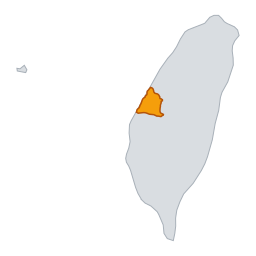 location of Changhua within Taiwan
{"feature_id": "TWN-1169", "entity_name": "Changhua", "entity_type": "County", "adm_level": 1, "iso_a3": "TWN", "parent_name": "Taiwan", "parent_adm1": "", "projection": "albers", "projection_center": [120.501, 23.99], "detail": "fine", "context": "in_parent", "style": "filled", "palette": "amber", "viewbox_px": 256, "rotation_deg": 0, "n_neighbors": 0, "source": "natural_earth", "source_scale": "10m", "svg_char_len": 1701}
<svg xmlns="http://www.w3.org/2000/svg" viewBox="0 0 256 256"><path d="M183.7,193.9L179.9,201.8L176.8,210.1L175.6,218.0L175.7,226.1L174.8,233.4L173.3,240.6L167.3,238.6L164.0,233.4L163.2,224.9L158.8,214.6L157.2,211.7L150.9,206.0L145.1,203.1L140.7,198.9L141.3,199.2L138.0,193.5L135.6,187.4L130.5,170.2L128.7,166.0L126.4,162.2L125.7,158.4L126.5,154.2L128.8,148.0L130.1,141.7L129.1,133.1L129.5,124.6L131.1,120.9L160.0,69.2L167.8,58.2L172.6,52.8L176.6,46.7L180.4,39.0L185.0,31.9L188.3,29.7L204.7,23.3L209.8,17.3L213.9,15.4L218.6,15.4L221.6,18.3L224.3,21.7L227.1,23.5L234.4,26.8L237.6,30.0L239.1,35.5L234.8,40.8L232.6,45.6L232.2,50.8L233.1,57.9L233.3,65.1L227.8,81.8L222.0,92.3L220.4,97.5L218.7,110.4L215.2,123.4L212.3,139.8L207.5,156.7L204.8,163.8L201.3,170.6L193.1,183.4L183.7,193.9ZM24.3,65.3L26.9,69.8L25.7,72.6L17.3,71.0L16.9,68.3L20.0,68.8L24.3,65.3Z" fill="#d9dde1" stroke="#a8b0b8" stroke-width="1"/><path d="M136.4,112.2L136.6,111.8L136.9,110.2L137.2,109.5L138.9,107.9L139.4,107.2L140.0,105.4L141.0,103.6L142.3,99.9L142.9,98.8L143.6,98.1L144.2,97.7L144.7,97.4L145.1,97.1L145.2,96.4L145.5,95.8L146.7,94.8L147.0,94.1L147.1,91.8L147.3,91.1L148.0,90.5L150.6,87.4L152.0,87.9L152.9,88.7L153.5,90.2L153.8,91.9L154.8,93.2L157.6,94.0L158.6,94.8L159.3,96.0L159.8,96.9L159.8,97.9L160.1,98.6L161.1,98.8L162.4,99.7L162.4,100.0L162.4,100.8L161.4,101.2L161.1,101.9L161.2,102.8L160.8,103.9L160.4,105.1L160.4,106.4L160.1,108.0L159.9,111.1L160.4,112.6L161.2,113.4L162.1,113.7L163.4,114.4L163.2,115.2L162.3,115.5L161.7,116.1L161.2,116.4L160.9,116.6L158.1,116.1L156.8,116.1L153.9,114.7L149.3,114.2L146.6,113.1L145.1,112.7L143.3,112.6L138.2,113.2L136.4,112.2Z" fill="#f59e0b" stroke="#b45309" stroke-width="1.5"/></svg>